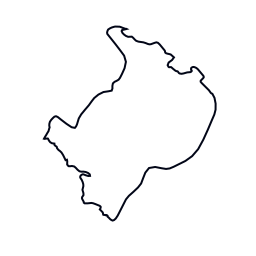 an SVG outline of Los Ríos, rotated 297°
{"feature_id": "CHL-2701", "entity_name": "Los Ríos", "entity_type": "Region", "adm_level": 1, "iso_a3": "CHL", "parent_name": "Chile", "parent_adm1": "", "projection": "equal_earth", "projection_center": [-72.592, -40.02], "detail": "fine", "context": "isolated", "style": "outline", "palette": "ink", "viewbox_px": 256, "rotation_deg": 297, "n_neighbors": 0, "source": "natural_earth", "source_scale": "10m", "svg_char_len": 3215}
<svg xmlns="http://www.w3.org/2000/svg" viewBox="0 0 256 256"><g transform="rotate(297 128 128)"><path d="M215.6,81.8L212.6,78.3L211.5,78.3L210.2,79.9L209.5,81.9L209.1,84.3L209.3,86.7L211.1,89.9L210.7,91.7L209.9,93.8L209.4,95.7L209.7,98.1L211.3,102.8L211.7,105.2L211.9,107.6L212.3,109.2L213.1,110.4L216.0,113.1L217.2,114.4L217.5,116.0L216.8,118.4L213.7,125.5L213.2,126.1L212.6,126.5L212.1,127.0L211.9,128.0L212.1,129.2L212.7,131.6L212.9,132.7L211.8,136.9L208.6,136.4L204.8,134.5L202.0,134.8L200.9,136.3L200.8,137.0L201.4,138.0L201.8,138.8L201.6,139.8L201.3,140.8L200.6,144.1L200.6,145.3L201.0,146.4L200.9,146.8L200.1,148.4L200.0,149.2L200.6,151.1L201.8,152.7L204.4,155.5L206.1,158.2L206.8,158.7L207.8,158.9L208.2,158.6L208.3,158.0L208.8,157.6L209.9,157.1L210.5,157.2L211.5,157.8L212.1,158.6L212.4,159.5L212.5,160.6L212.5,161.7L212.1,163.5L208.7,171.5L207.8,172.4L206.7,172.4L203.2,171.3L202.2,171.7L201.6,173.0L198.4,182.9L196.9,185.8L196.7,186.6L196.8,187.6L194.1,191.4L189.5,195.0L184.1,197.7L179.2,198.8L172.7,199.2L162.9,199.9L151.8,200.4L141.0,200.1L132.0,197.9L124.7,194.1L118.9,189.8L114.2,186.3L110.9,183.5L108.8,180.5L107.4,176.2L105.6,169.9L101.9,164.9L96.1,163.7L89.8,164.3L84.5,164.9L79.5,163.9L73.6,161.8L68.0,159.6L63.5,158.6L59.4,158.6L54.7,158.6L49.9,158.6L45.3,158.6L41.8,158.2L39.7,157.4L38.7,156.5L38.5,156.1L38.5,154.7L38.7,153.5L39.4,151.5L39.7,150.2L40.5,149.7L40.7,149.0L40.7,148.5L40.5,147.8L40.2,147.4L40.1,147.5L40.0,146.9L39.6,145.9L39.5,145.3L40.9,144.2L41.3,143.8L42.5,140.5L42.6,139.9L43.6,139.9L44.6,139.8L45.5,139.3L45.8,138.1L45.4,133.4L45.1,131.0L44.6,129.4L42.4,126.0L41.2,123.6L41.4,122.5L42.2,122.0L43.8,119.6L44.6,118.8L45.5,118.5L48.0,118.8L49.8,117.8L52.2,115.5L56.0,114.6L57.7,113.6L59.3,112.1L60.7,110.4L61.9,108.3L62.6,107.6L63.8,107.4L64.6,107.6L65.5,108.1L66.2,108.7L66.5,109.3L66.7,111.8L67.2,114.4L68.1,115.9L69.3,115.0L69.8,112.8L69.6,110.3L68.8,107.9L67.9,106.3L67.4,104.4L67.9,102.0L68.8,99.6L69.3,97.6L68.7,95.3L67.6,93.7L67.0,92.3L67.8,90.4L70.9,88.9L72.0,88.0L71.0,87.0L74.4,82.5L76.0,79.8L76.7,77.4L76.8,76.3L77.3,75.0L77.9,73.8L78.7,73.3L79.0,72.7L79.1,71.4L79.6,70.1L80.7,69.5L79.9,67.2L80.0,65.2L80.9,63.3L82.2,61.5L82.0,60.8L80.4,58.5L80.3,58.0L82.5,58.1L84.7,58.3L86.9,58.4L89.1,58.6L90.0,58.4L91.0,58.2L92.0,58.0L92.9,57.9L93.3,57.6L93.6,57.4L93.9,57.1L94.2,56.9L94.7,56.6L96.1,56.0L98.1,55.6L100.5,55.9L102.9,56.6L104.7,57.3L105.8,58.5L105.9,60.4L105.0,64.8L103.8,71.3L103.1,77.4L104.0,80.6L105.9,81.0L108.1,80.9L110.8,80.4L114.2,79.8L118.9,80.1L124.8,81.4L130.6,82.8L135.2,83.5L139.4,84.3L144.4,86.5L148.9,89.8L151.9,94.0L153.9,96.5L156.1,96.2L158.4,95.0L160.9,94.3L163.1,95.1L164.9,96.5L166.8,97.7L169.1,98.1L173.5,98.1L179.7,97.8L186.0,96.1L190.7,91.7L193.6,85.9L196.9,79.0L200.0,72.2L202.4,66.9L203.4,66.1L204.8,65.7L206.1,65.6L206.7,65.6L207.0,65.8L207.4,66.0L207.8,66.2L208.1,66.4L208.4,66.6L208.8,66.8L209.1,67.1L209.4,67.3L209.8,67.6L210.2,67.9L210.5,68.3L210.9,68.6L211.2,69.0L211.6,69.4L212.0,69.8L212.3,70.2L212.7,70.8L213.0,71.4L213.3,72.1L213.6,72.7L213.8,73.2L214.1,73.7L214.3,74.2L214.5,74.7L214.7,76.2L214.8,77.6L215.0,79.1L215.2,80.5L215.3,80.9L215.4,81.2L215.6,81.5L215.6,81.8Z" fill="none" stroke="#020617" stroke-width="2"/></g></svg>